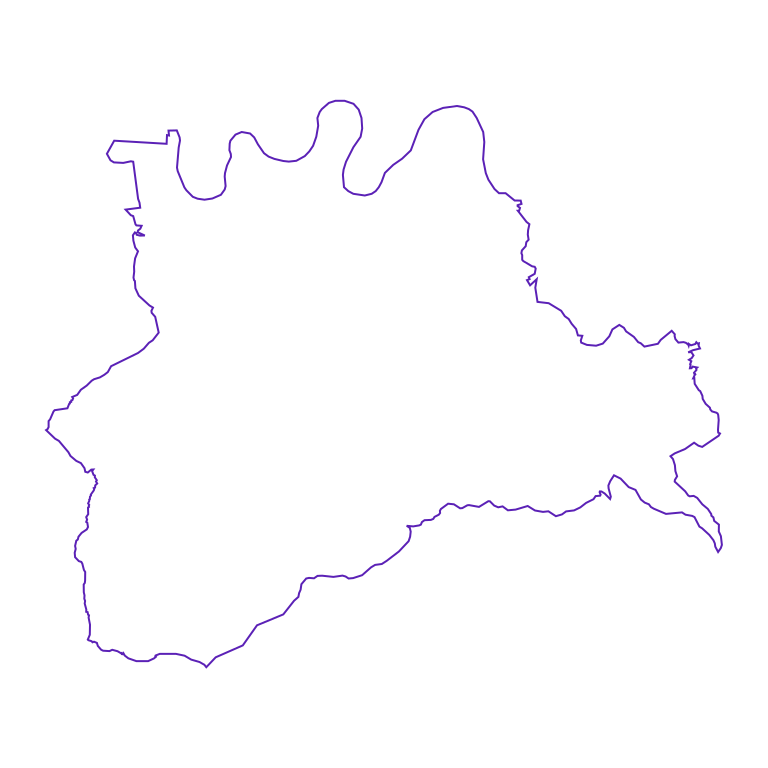 the district of Dobra, Hunedoara, Romania
{"feature_id": "2599482B49682710241198", "entity_name": "Dobra", "entity_type": "district", "adm_level": 2, "iso_a3": "ROU", "parent_name": "Romania", "parent_adm1": "Hunedoara", "projection": "equal_earth", "projection_center": [22.59, 45.878], "detail": "fine", "context": "isolated", "style": "outline", "palette": "violet", "viewbox_px": 768, "rotation_deg": 0, "n_neighbors": 0, "source": "geoboundaries", "source_scale": "gbopen_adm2", "svg_char_len": 6028}
<svg xmlns="http://www.w3.org/2000/svg" viewBox="0 0 768 768"><path d="M555.9,516.2L562.0,514.4L566.1,511.4L574.1,510.4L580.3,507.4L586.1,502.9L593.5,499.2L595.6,496.1L600.1,495.7L600.6,494.7L599.6,492.1L599.9,491.4L601.5,491.5L604.7,493.5L610.1,499.0L610.8,496.7L608.6,488.4L608.4,485.5L610.2,481.2L614.0,475.3L620.6,478.6L628.7,487.1L635.5,489.9L640.9,499.5L644.7,502.6L648.9,504.3L650.9,507.0L653.8,508.7L666.0,513.9L682.0,512.4L685.5,514.7L692.2,515.9L694.5,517.1L699.4,526.6L702.1,528.3L709.3,534.9L713.4,540.2L714.8,543.4L715.3,546.7L718.1,552.0L720.8,548.1L721.9,544.9L720.9,536.2L718.8,531.5L718.9,524.6L714.2,520.9L713.4,517.4L711.4,515.7L711.2,514.0L707.8,508.9L702.3,504.3L697.2,497.9L693.7,495.9L689.7,496.3L688.2,495.5L685.2,491.3L674.7,481.6L674.9,479.9L677.1,476.3L675.4,471.1L674.9,465.2L673.0,459.1L670.5,456.2L674.7,453.4L685.1,449.0L694.1,442.7L698.4,445.7L702.2,446.9L718.7,435.7L720.0,433.5L718.2,432.6L718.0,429.8L718.7,420.0L718.2,415.0L717.6,413.5L716.4,412.7L712.0,411.4L710.3,409.5L709.9,407.7L705.7,403.9L702.7,398.9L702.4,395.8L700.2,391.1L698.8,390.2L694.7,383.8L694.3,378.1L693.2,378.3L694.8,374.8L696.0,374.0L694.5,374.2L694.0,372.8L696.5,369.9L696.1,368.5L697.2,367.5L692.7,366.6L691.5,368.2L689.9,368.3L690.6,364.8L690.1,364.2L691.3,361.2L689.0,359.8L691.7,358.1L693.5,355.4L691.3,352.1L688.2,352.3L693.0,350.2L700.0,348.5L698.6,345.6L698.9,343.3L697.6,343.6L696.3,342.2L695.3,344.0L691.0,345.3L689.1,344.1L688.7,345.7L688.0,343.8L687.6,344.2L685.9,342.8L683.5,342.1L678.4,342.6L675.4,339.1L674.6,336.0L674.8,334.3L671.7,330.8L660.7,339.9L657.9,343.8L644.4,346.6L640.7,343.2L638.2,342.2L633.9,336.9L626.1,331.4L623.9,327.8L619.3,324.9L612.4,329.4L609.3,336.3L602.8,343.6L596.1,345.7L586.9,344.9L581.2,342.6L580.8,340.5L582.3,335.8L577.9,335.4L576.1,329.0L571.6,323.7L568.7,319.0L564.8,316.2L561.2,310.8L548.7,303.2L537.5,301.9L535.3,287.7L536.7,279.2L530.1,285.3L527.0,280.1L529.6,279.1L528.8,277.2L534.7,273.8L535.7,268.6L534.7,266.8L532.1,266.3L523.3,261.1L522.2,259.8L522.2,255.1L521.4,253.2L521.9,250.4L525.7,246.2L526.3,242.2L528.6,239.7L527.8,234.6L528.1,230.2L529.4,224.2L526.5,221.9L517.9,210.8L519.1,210.8L520.0,207.9L517.6,206.1L517.6,205.2L521.5,203.9L520.7,200.6L514.6,200.5L505.6,193.2L499.0,193.2L494.5,189.0L488.4,179.7L485.8,173.1L483.1,159.3L484.3,142.0L483.2,132.0L476.7,118.0L472.5,111.6L468.9,109.1L464.2,107.3L457.0,106.0L443.1,107.9L432.6,112.0L424.4,119.2L418.5,129.8L410.8,150.4L402.1,158.7L393.2,164.9L384.9,172.9L381.5,182.2L378.8,187.2L375.7,191.1L371.7,193.8L364.8,195.5L353.3,193.8L348.3,191.1L344.0,187.2L342.9,174.9L343.6,169.5L346.0,161.8L353.4,147.2L360.6,136.8L362.2,128.5L361.5,118.0L358.7,109.6L353.5,103.8L344.6,100.8L335.4,100.8L328.9,102.9L321.8,109.1L319.7,112.0L317.4,118.0L318.2,125.7L316.3,136.7L313.1,145.8L309.3,151.4L304.8,156.1L296.3,160.8L288.8,161.6L283.3,161.0L274.4,158.9L268.6,156.6L264.0,153.2L257.9,144.3L254.2,137.4L250.1,133.5L241.7,132.0L235.5,134.6L230.4,140.7L229.7,143.6L229.4,150.2L230.8,154.0L231.0,157.0L227.0,165.5L225.0,173.1L224.7,176.6L225.6,186.1L224.7,189.5L220.9,194.8L212.4,198.5L204.5,199.7L197.6,198.7L192.8,196.8L186.4,190.3L184.4,187.4L177.7,171.1L177.0,167.6L178.7,147.5L180.0,140.5L179.6,137.4L176.8,130.4L168.5,130.6L169.0,135.5L167.0,135.1L166.6,143.8L114.2,140.7L106.9,153.8L110.5,160.3L113.9,162.4L123.3,162.9L130.9,161.3L133.2,161.7L138.1,198.9L139.5,202.7L140.2,207.7L125.6,209.6L130.8,215.2L133.2,216.1L135.5,224.3L136.4,225.4L141.6,225.8L140.3,228.7L138.0,230.5L137.6,232.2L144.8,235.5L139.9,235.6L136.7,234.8L136.1,233.1L134.9,232.4L132.9,235.3L133.4,240.7L135.2,247.5L138.0,251.3L135.1,258.4L134.0,266.5L134.2,271.6L133.5,277.6L134.1,280.2L134.9,281.0L135.4,288.3L138.8,295.7L149.5,305.5L153.0,307.6L151.4,310.9L151.7,312.8L155.2,316.8L158.7,332.6L152.7,340.3L148.9,342.8L143.8,348.7L138.0,353.0L111.1,366.2L107.8,372.1L104.3,374.8L99.9,377.4L94.1,379.2L91.7,380.7L86.7,385.6L80.9,389.7L77.2,394.9L72.2,397.0L73.1,398.4L72.4,400.1L71.2,400.5L71.2,401.9L69.9,402.2L69.9,403.5L69.2,403.8L67.4,408.3L54.6,410.2L53.5,411.5L50.1,419.3L48.6,421.1L48.6,427.1L47.5,429.2L46.1,430.1L55.1,438.7L58.9,440.9L68.4,452.2L70.5,456.0L76.3,460.9L80.9,463.1L84.5,468.2L85.3,471.8L87.8,472.5L91.3,469.6L93.3,469.5L92.1,471.1L93.5,474.8L94.9,475.6L94.8,477.3L96.8,480.2L96.0,481.5L97.2,483.5L95.2,485.4L95.1,487.4L93.8,488.1L94.3,488.7L93.8,490.4L90.8,494.6L91.0,495.5L90.0,496.7L89.8,499.2L89.2,499.6L89.3,500.8L88.1,503.4L89.2,504.9L88.7,506.1L89.0,506.9L88.0,507.7L88.2,514.2L86.2,517.1L87.1,519.6L86.2,521.9L87.3,522.7L88.0,527.0L86.8,529.4L81.6,532.9L78.5,536.7L77.8,539.5L76.3,540.7L75.1,545.9L75.7,548.9L74.7,552.8L75.1,557.2L78.8,561.1L81.3,561.9L82.3,563.6L83.9,569.9L85.2,572.0L85.1,580.6L84.8,582.9L83.7,584.5L83.8,592.3L84.5,595.3L84.3,598.7L85.1,601.0L84.7,603.5L86.3,609.5L86.2,611.8L87.6,612.1L88.1,614.7L89.0,615.3L88.6,617.6L90.0,624.7L89.8,634.8L87.8,639.6L88.4,640.2L91.6,641.2L92.5,642.3L94.0,641.7L96.9,642.9L97.8,645.9L101.1,649.7L103.1,650.7L109.5,651.1L112.2,649.8L117.5,651.2L120.6,653.0L121.7,652.9L121.8,654.1L123.3,654.3L123.6,653.5L124.8,655.6L128.3,658.3L136.3,661.1L148.2,661.1L154.0,658.4L155.9,656.8L155.3,656.2L155.6,655.5L159.7,653.9L176.1,653.9L184.6,655.7L191.2,659.6L199.5,662.0L204.4,664.8L206.3,667.2L215.7,657.3L242.8,645.4L257.0,625.3L283.3,614.4L294.1,600.7L298.4,596.9L299.1,593.1L300.6,589.7L301.4,584.2L306.2,578.5L309.0,577.9L314.0,578.3L317.5,575.9L322.1,575.7L333.4,576.9L342.5,575.6L345.6,576.5L348.6,578.5L353.1,578.1L362.1,575.2L371.1,567.3L375.1,564.9L381.8,564.0L386.6,560.9L398.9,551.5L408.6,541.2L410.1,536.8L410.7,531.6L409.8,527.9L406.7,525.8L413.2,526.4L419.2,525.4L420.9,524.6L421.9,522.1L424.5,520.2L430.9,519.9L433.3,518.9L434.5,516.9L438.8,514.7L440.1,513.0L439.9,510.8L440.9,509.0L448.1,503.7L453.9,504.3L460.1,508.3L462.3,508.1L467.3,505.3L469.0,505.1L479.0,506.9L488.3,501.2L489.9,501.3L494.2,505.6L498.2,507.3L502.6,506.4L507.9,510.3L515.6,509.6L527.7,506.0L535.0,510.5L543.0,511.9L548.4,511.3L555.9,516.2Z" fill="none" stroke="#5b21b6" stroke-width="2"/></svg>